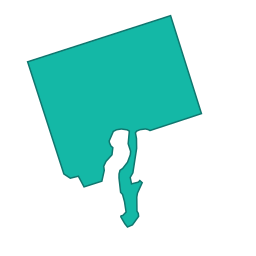 outline of Grand Traverse, Michigan, United States of America, rotated 162°
{"feature_id": "52423323B3617037234322", "entity_name": "Grand Traverse", "entity_type": "district", "adm_level": 2, "iso_a3": "USA", "parent_name": "United States of America", "parent_adm1": "Michigan", "projection": "natural_earth1", "projection_center": [-85.521, 44.752], "detail": "fine", "context": "isolated", "style": "filled", "palette": "teal", "viewbox_px": 256, "rotation_deg": 162, "n_neighbors": 0, "source": "geoboundaries", "source_scale": "gbopen_adm2", "svg_char_len": 845}
<svg xmlns="http://www.w3.org/2000/svg" viewBox="0 0 256 256"><g transform="rotate(162 128 128)"><path d="M203.0,222.0L203.2,104.1L198.4,98.1L190.1,97.5L188.0,85.6L169.3,85.5L163.7,95.0L162.9,99.2L159.2,103.1L151.5,107.5L148.5,114.0L149.8,116.2L150.2,119.6L149.9,121.5L143.0,129.3L139.5,129.9L134.6,129.1L129.3,126.5L127.7,124.6L132.7,113.0L132.7,105.0L134.1,101.8L139.0,95.6L145.5,91.2L148.7,90.2L150.7,87.1L152.0,83.3L154.9,69.1L153.7,66.5L154.1,58.9L155.8,48.7L160.0,46.4L161.7,46.6L162.3,45.8L160.6,38.0L159.1,34.0L153.7,34.5L145.2,40.7L144.6,43.6L145.2,46.1L141.0,59.6L139.1,63.2L131.4,71.6L133.0,74.4L134.8,73.3L141.9,73.8L141.2,80.3L137.2,83.9L126.1,105.9L123.2,115.3L122.4,121.2L120.6,122.4L117.1,122.7L111.7,121.7L109.2,120.2L107.9,118.8L53.7,119.0L52.8,221.7L203.0,222.0Z" fill="#14b8a6" stroke="#0f766e" stroke-width="1.5"/></g></svg>